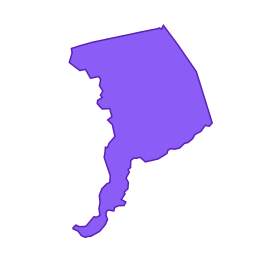 outline of Sacramento, California, United States of America, rotated 343°
{"feature_id": "52423323B62056349216099", "entity_name": "Sacramento", "entity_type": "district", "adm_level": 2, "iso_a3": "USA", "parent_name": "United States of America", "parent_adm1": "California", "projection": "equal_earth", "projection_center": [-121.498, 38.377], "detail": "fine", "context": "isolated", "style": "filled", "palette": "violet", "viewbox_px": 256, "rotation_deg": 343, "n_neighbors": 0, "source": "geoboundaries", "source_scale": "gbopen_adm2", "svg_char_len": 1319}
<svg xmlns="http://www.w3.org/2000/svg" viewBox="0 0 256 256"><g transform="rotate(343 128 128)"><path d="M187.4,41.5L185.3,41.7L172.6,40.4L167.5,39.9L154.6,38.8L140.4,37.5L120.3,35.7L119.3,35.6L105.5,35.3L104.0,35.4L97.1,35.4L96.5,39.9L91.0,48.2L98.8,59.0L104.5,59.5L106.7,69.5L115.0,70.2L116.0,73.9L113.1,79.1L114.7,85.4L111.2,88.6L112.3,91.3L107.1,92.6L105.7,95.7L108.9,102.3L116.2,104.1L115.9,112.4L110.9,114.4L114.0,120.2L113.0,132.3L105.5,137.0L102.5,140.8L100.8,139.7L98.9,144.5L96.6,149.1L97.1,168.4L94.6,174.8L91.3,175.2L85.3,178.4L80.8,184.2L79.5,191.0L76.7,196.5L75.6,203.4L71.7,204.1L69.5,202.9L59.0,209.7L52.8,208.3L49.8,205.6L46.4,207.2L46.0,208.4L50.1,212.0L52.0,217.4L55.2,220.1L58.0,219.9L60.5,220.7L70.5,218.6L78.0,213.8L81.6,209.6L81.5,204.3L83.2,201.3L85.4,200.7L90.1,203.2L92.2,200.0L96.6,199.6L101.5,201.0L104.3,198.2L100.7,194.4L105.8,190.2L105.8,188.1L110.1,186.1L112.4,180.2L111.5,175.3L116.4,170.5L115.8,167.9L118.9,166.6L121.1,159.9L124.8,158.4L127.4,159.5L129.0,159.4L131.1,159.6L134.7,165.5L147.8,166.4L157.7,163.8L159.9,160.8L161.8,160.6L162.5,160.2L166.7,162.0L171.7,162.2L177.2,159.3L181.3,159.4L186.5,157.2L190.2,153.7L196.6,152.6L202.6,148.0L206.1,150.1L210.0,147.8L209.8,94.1L199.6,61.9L191.8,40.2L189.0,43.2L187.4,41.5Z" fill="#8b5cf6" stroke="#5b21b6" stroke-width="1.5"/></g></svg>